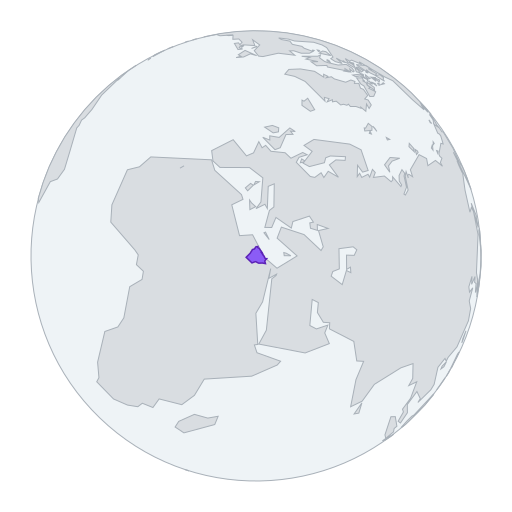 Matruh on an orthographic globe, rotated 44°
{"feature_id": "EGY-1540", "entity_name": "Matruh", "entity_type": "Governorate", "adm_level": 1, "iso_a3": "EGY", "parent_name": "Egypt", "parent_adm1": "", "projection": "orthographic", "projection_center": [26.768, 29.661], "detail": "medium", "context": "on_globe", "style": "filled", "palette": "violet", "viewbox_px": 512, "rotation_deg": 44, "n_neighbors": 0, "source": "natural_earth", "source_scale": "10m", "svg_char_len": 11330}
<svg xmlns="http://www.w3.org/2000/svg" viewBox="0 0 512 512"><g transform="rotate(44 256 256)"><circle cx="256" cy="256" r="225" fill="#eef3f6" stroke="#a8b0b8"/><path d="M231.3,32.1L244.3,31.0L247.5,30.9L251.9,30.8L251.1,30.8L254.1,30.7L274.3,31.5L279.3,31.9L278.8,32.1L269.1,31.5L268.6,31.8L275.8,32.3L279.8,33.2L269.4,32.4L275.4,34.1L260.2,34.9L232.7,34.9L224.1,37.8L195.4,44.6L198.0,45.0L188.7,48.7L188.1,50.7L183.0,52.0L187.0,52.6L191.8,51.1L195.2,51.0L195.3,52.3L188.8,53.9L187.8,53.5L185.9,54.7L182.6,55.1L184.3,55.6L176.3,57.9L184.3,57.6L178.0,61.1L172.7,62.1L173.2,59.4L162.1,57.0L156.9,58.3L149.0,62.2L134.3,74.6L128.6,77.5L120.8,83.4L124.0,82.6L131.1,77.9L135.1,78.5L143.4,73.3L146.3,73.1L154.9,69.3L153.6,73.0L147.7,78.7L140.5,82.2L137.7,85.1L144.5,84.6L131.2,94.6L122.4,107.8L119.0,110.4L112.1,109.5L112.1,101.6L103.3,102.8L109.0,105.4L100.2,112.9L98.8,115.9L99.2,117.8L102.6,116.4L99.6,120.0L92.8,118.1L95.4,114.8L97.6,115.2L97.5,111.9L92.9,111.8L88.8,116.2L86.2,113.2L83.2,116.5L81.0,118.1L85.9,112.8L77.1,122.6L73.3,124.3L66.2,134.7L75.7,120.9L86.2,107.9L97.7,95.7L110.1,84.4L123.2,74.0L137.1,64.7L151.6,56.4L166.8,49.1L182.4,43.1L198.4,38.2L214.7,34.5L231.3,32.1ZM37.1,202.7L37.3,202.0L35.4,210.7L34.7,222.2L34.1,223.8L33.2,247.4L36.2,264.6L36.8,275.6L36.1,279.4L38.0,284.9L38.1,288.4L49.3,309.8L58.0,326.7L59.7,338.5L56.4,345.4L62.6,368.4L59.1,365.5L59.5,366.1L51.8,351.1L45.2,335.5L39.9,319.5L35.7,303.2L32.8,286.5L31.1,269.7L30.7,252.8L31.6,236.0L33.7,219.2L37.1,202.7ZM50.9,162.8L48.5,168.3L49.2,166.7L50.9,162.8ZM61.0,143.3L62.4,140.8L61.5,142.5L61.0,143.3ZM280.1,32.0L281.5,32.2L283.5,32.4L280.1,32.0ZM155.0,67.7L154.9,68.5L153.3,68.8L155.0,67.7ZM158.8,65.5L157.0,65.2L158.6,64.2L159.6,64.3L158.8,65.5ZM284.7,33.0L287.6,33.7L283.0,32.8L284.7,33.0ZM160.6,66.1L161.5,62.3L164.3,60.5L170.6,59.9L160.6,66.1ZM288.1,34.0L295.2,36.2L298.9,36.5L292.4,37.6L288.6,35.0L282.3,33.7L286.9,34.2L288.1,34.0ZM193.3,50.2L188.2,51.8L192.3,49.4L193.3,50.2ZM195.1,48.7L203.1,42.5L210.7,41.1L206.5,43.3L216.3,41.0L216.1,43.3L210.7,45.1L205.8,45.4L209.5,46.1L195.1,48.7ZM287.7,38.1L288.0,38.8L285.8,38.0L287.7,38.1ZM196.9,50.8L197.8,49.5L204.5,48.1L203.9,50.5L201.9,50.2L196.9,50.8ZM219.0,39.5L223.8,39.1L225.0,40.8L227.1,41.0L216.8,43.2L219.0,39.5ZM200.4,51.1L203.4,51.9L200.3,53.8L196.4,52.1L200.4,51.1ZM206.5,46.9L209.6,46.4L207.7,47.4L206.5,46.9ZM191.2,61.6L192.2,59.6L195.7,58.6L191.2,61.6ZM204.7,52.1L205.7,51.4L207.2,50.9L208.4,51.9L204.7,52.1ZM218.3,44.4L217.8,45.4L222.6,43.6L223.7,45.1L216.6,46.4L220.1,46.5L220.5,47.0L214.3,47.6L218.3,44.4ZM214.3,51.5L205.7,54.3L203.1,57.8L199.8,58.7L204.6,52.8L214.3,51.5ZM214.8,49.1L213.7,50.7L210.3,50.7L208.9,49.7L214.8,49.1ZM227.0,45.7L227.1,43.0L228.7,42.9L227.0,45.7ZM214.2,52.4L216.3,51.8L214.4,52.7L214.2,52.4ZM223.8,47.7L223.7,46.7L225.4,46.5L223.8,47.7ZM220.6,51.5L217.8,52.3L216.7,51.5L220.6,51.5ZM222.6,49.7L225.0,49.7L218.0,50.7L222.3,49.2L222.6,49.7ZM225.5,47.7L226.5,47.2L225.3,48.1L225.5,47.7ZM226.1,54.3L217.5,55.7L215.2,53.8L223.9,52.6L226.1,54.3ZM116.8,319.3L103.6,283.3L110.2,272.8L111.5,257.8L157.2,217.7L166.9,223.0L202.9,221.9L207.3,224.3L203.0,236.0L230.0,252.8L238.8,243.1L263.2,251.2L279.6,250.2L285.5,227.4L258.8,228.5L254.2,217.6L275.7,207.2L299.0,206.9L298.0,202.7L283.3,194.3L288.7,186.1L278.2,190.8L282.4,194.9L275.9,198.2L271.7,194.8L273.8,191.8L266.7,190.2L258.6,205.6L262.0,211.4L243.6,214.4L247.5,224.6L242.5,229.3L234.0,213.9L234.8,208.3L219.0,191.4L216.4,197.4L231.2,214.0L226.5,212.6L223.1,221.9L222.0,213.7L206.6,195.0L189.9,196.9L168.6,217.3L159.0,217.5L150.9,211.0L158.8,188.2L179.6,190.6L182.6,183.5L178.6,171.8L185.2,173.9L186.1,169.7L194.0,170.3L205.2,161.5L213.2,161.4L217.7,149.1L222.5,147.6L218.4,155.1L219.9,160.6L239.8,161.1L243.7,158.6L245.0,150.9L250.3,152.4L249.1,144.9L260.6,142.1L245.5,139.5L246.7,131.4L253.7,125.3L251.4,122.4L240.0,132.4L237.9,136.9L240.4,141.4L232.3,154.6L225.4,156.5L223.7,141.7L213.7,143.1L216.7,131.9L245.7,110.4L257.8,106.6L277.3,116.6L274.4,121.6L266.0,120.2L273.7,128.6L273.1,124.5L277.5,126.0L279.8,119.4L283.0,120.3L279.6,112.8L283.8,113.1L285.9,117.9L292.8,109.3L301.6,108.7L301.6,106.4L299.2,104.1L312.0,105.4L311.4,103.7L307.0,102.6L303.0,98.7L301.0,92.5L305.5,93.2L306.9,95.6L316.5,102.0L319.4,108.7L321.1,108.4L319.6,102.9L307.9,94.9L305.3,91.0L311.4,94.1L309.0,92.6L309.2,91.0L313.6,90.2L307.1,86.7L302.9,69.8L311.0,67.4L316.9,71.6L318.7,62.6L327.8,61.9L323.7,60.7L321.8,56.5L318.9,56.6L316.8,55.7L310.7,46.5L312.8,45.4L305.5,41.3L303.4,40.9L301.4,41.4L292.4,37.6L298.9,36.5L303.4,37.5L304.4,36.7L314.4,39.4L323.1,41.7L333.5,45.9L339.5,47.9L339.2,47.4L347.1,50.3L364.5,58.7L351.7,53.7L325.9,44.3L336.6,47.9L334.5,47.9L338.6,49.8L346.1,52.7L346.7,52.5L360.7,63.5L379.5,75.9L377.2,71.6L381.4,72.8L400.8,86.3L426.1,114.8L432.0,119.2L436.1,124.0L439.2,129.9L433.4,122.9L431.6,123.1L427.8,118.6L430.8,126.6L425.5,120.6L430.5,130.3L434.7,133.7L434.0,128.3L440.6,140.2L446.9,144.7L453.8,155.0L463.7,181.8L464.6,195.4L465.9,199.5L463.1,198.4L464.2,209.7L473.3,224.6L474.7,230.8L474.2,248.9L473.3,244.5L465.9,241.7L468.0,257.7L473.8,263.6L475.9,275.8L473.0,276.1L470.4,265.8L467.8,264.4L466.0,250.9L459.0,234.8L455.9,243.1L453.8,235.2L443.7,224.3L437.9,235.8L430.3,266.1L433.2,286.7L428.8,298.7L413.8,275.5L406.6,257.0L401.4,261.5L385.7,249.5L359.4,257.4L355.4,252.8L350.5,256.9L339.4,254.0L333.2,246.2L326.6,248.2L343.0,268.6L350.1,266.5L355.7,255.8L358.9,263.6L369.6,268.1L358.7,291.6L319.2,317.4L315.0,302.2L283.2,261.4L284.0,256.2L283.8,255.6L283.4,254.7L280.8,263.1L275.3,254.8L292.6,284.4L295.7,297.3L318.7,318.4L316.6,321.1L323.9,324.9L346.8,314.6L347.0,319.7L336.4,345.4L304.3,380.5L308.5,399.0L305.9,414.5L285.6,426.1L287.1,436.6L276.5,440.9L275.7,446.5L267.1,452.5L252.8,457.8L228.8,457.1L227.5,452.6L215.8,442.4L199.7,415.3L205.9,403.0L203.9,392.3L186.5,365.8L190.3,352.0L185.6,345.2L176.0,345.3L170.5,337.0L164.6,335.8L128.0,332.5L116.8,319.3ZM141.6,241.1L140.3,245.6L141.6,241.1ZM324.1,218.3L337.9,216.7L331.1,203.6L335.8,202.1L331.7,198.4L330.5,202.7L320.5,192.5L326.2,187.3L324.2,181.5L319.5,181.9L310.6,193.1L324.9,207.4L322.0,213.8L324.1,218.3ZM34.8,222.4L34.4,226.0L34.3,224.2L34.8,222.4ZM42.9,186.7L42.2,190.4L42.2,188.4L42.9,186.7ZM46.1,174.2L45.3,176.6L47.4,171.2L43.3,184.2L43.4,181.7L45.9,174.8L46.1,174.2ZM58.1,148.3L57.1,150.2L56.4,151.5L58.1,148.3ZM60.3,144.7L60.5,144.2L61.8,142.0L60.3,144.7ZM100.6,113.0L101.1,113.3L100.8,115.8L99.4,115.7L100.6,113.0ZM108.8,121.5L103.8,127.1L106.4,122.8L103.5,123.5L105.3,115.7L117.3,111.4L111.5,114.5L108.8,121.5ZM111.1,105.0L108.6,109.8L110.8,104.7L111.1,105.0ZM183.3,148.0L185.9,151.1L182.8,155.5L172.7,157.3L177.1,150.7L183.3,148.0ZM190.3,154.6L191.4,140.4L197.8,139.2L194.0,142.2L198.1,142.8L193.2,147.8L198.2,161.3L195.8,166.3L178.4,165.9L185.4,163.0L182.4,160.0L190.3,154.6ZM183.0,111.3L183.6,106.6L196.6,110.0L194.6,114.1L184.4,115.7L180.8,111.9L183.0,111.3ZM171.5,66.3L170.8,65.4L172.7,64.7L174.7,65.1L171.5,66.3ZM191.3,60.7L176.1,70.4L174.6,69.7L167.5,77.0L160.8,78.0L165.6,73.1L155.1,79.7L156.8,75.7L150.1,80.6L161.6,69.5L162.7,66.6L164.1,69.3L170.2,68.4L173.2,67.1L182.4,61.6L187.8,55.5L194.7,54.1L198.2,54.8L198.0,56.1L193.6,56.4L196.4,57.9L189.8,59.4L191.3,60.7ZM234.9,71.3L229.9,69.9L234.5,75.6L228.0,76.1L228.9,76.8L224.1,79.0L220.0,82.9L217.0,82.6L216.7,84.4L213.5,86.1L212.0,88.5L206.2,88.9L203.9,92.0L202.4,90.5L200.1,95.7L199.2,92.1L195.0,94.4L198.1,96.7L170.1,96.3L159.1,99.9L150.4,105.2L150.0,99.0L158.0,90.6L169.8,82.5L180.5,80.3L178.4,78.3L182.9,76.8L182.7,79.0L185.7,74.7L189.3,74.2L199.8,68.7L202.0,63.5L205.9,61.7L206.9,63.5L210.0,60.4L214.6,62.7L217.5,61.5L224.8,62.9L225.1,67.5L228.3,65.9L234.0,67.3L234.9,71.3ZM228.0,54.7L229.8,59.4L227.1,62.2L215.4,58.7L212.2,59.5L204.6,58.0L208.7,54.1L210.5,54.8L213.2,54.7L210.8,55.9L214.8,54.9L217.3,55.9L221.1,55.5L220.6,57.0L228.0,54.7ZM212.5,220.2L216.0,220.9L221.5,220.7L219.4,226.9L212.5,220.2ZM201.7,207.5L204.9,207.0L204.7,214.9L201.0,214.4L201.7,207.5ZM206.8,200.3L205.1,206.4L203.9,202.7L206.8,200.3ZM221.4,154.4L224.8,153.7L225.0,155.5L223.1,158.2L221.4,154.4ZM247.4,90.5L244.9,88.7L246.0,87.9L244.6,82.6L249.4,82.2L252.1,85.1L247.4,90.5ZM280.9,231.6L276.1,236.2L273.6,234.2L275.8,233.0L280.9,231.6ZM246.2,232.2L254.1,235.0L245.6,233.8L246.2,232.2ZM252.3,89.1L251.2,86.9L254.3,88.1L252.3,89.1ZM252.8,81.6L256.4,82.4L249.8,81.5L252.8,81.6ZM356.0,457.5L356.3,457.6L353.3,459.0L356.0,457.5ZM343.4,405.9L327.0,433.3L316.6,435.2L315.3,428.6L321.7,412.7L333.9,406.1L340.1,397.6L343.4,405.9ZM478.3,292.5L476.8,298.8L475.3,301.2L476.2,296.7L478.6,289.6L478.9,288.5L478.3,292.5ZM476.0,297.0L473.0,295.1L464.7,277.9L467.8,274.8L475.6,280.6L475.2,284.1L477.1,287.0L476.0,297.0ZM480.6,273.2L480.1,277.0L479.5,278.7L479.2,269.7L479.4,262.9L480.1,260.6L479.6,231.7L480.1,232.9L480.9,243.9L481.1,245.9L480.6,273.2ZM434.2,288.1L439.1,297.6L436.3,301.5L434.2,288.1ZM477.2,214.6L478.9,226.7L476.6,212.2L477.2,214.6ZM474.5,202.2L475.5,206.1L474.7,203.7L474.5,202.2ZM468.1,205.1L467.5,208.8L466.4,206.0L466.4,199.7L468.1,205.1ZM459.0,164.0L463.1,172.3L464.4,175.6L462.2,171.8L459.0,164.0ZM291.5,85.8L288.0,93.2L288.7,99.1L294.1,102.8L285.1,101.1L284.0,92.0L291.5,85.8ZM301.0,71.5L296.3,68.8L299.2,68.3L300.7,68.9L301.0,71.5ZM297.5,71.1L290.1,71.1L288.0,68.5L294.3,69.0L297.5,71.1ZM271.2,79.2L269.9,81.3L267.4,80.2L271.2,79.2ZM476.6,210.5L475.6,205.9L475.3,204.6L476.6,210.5ZM474.1,199.7L474.2,201.8L469.1,186.6L468.7,183.9L472.7,196.0L474.1,199.6L474.1,199.7ZM438.0,124.0L435.3,120.7L433.4,117.8L435.8,120.9L438.0,124.0ZM425.0,107.0L432.1,116.0L437.3,124.1L438.0,124.4L443.4,132.1L439.7,128.1L432.6,117.7L429.4,112.8L424.4,107.1L419.3,101.2L413.4,95.5L409.7,91.8L414.1,95.6L425.0,107.0ZM410.9,93.3L398.7,83.0L397.4,81.0L399.8,82.8L405.9,88.2L406.3,88.9L410.9,93.3ZM395.4,80.1L395.6,80.9L378.1,71.0L374.1,68.5L386.7,74.1L387.6,75.2L392.1,78.3L395.4,80.1ZM290.3,38.9L288.2,38.8L289.3,38.4L290.3,38.9ZM315.3,55.9L312.6,54.7L314.1,54.0L315.3,55.9ZM306.0,51.2L306.2,52.8L304.1,50.8L306.0,51.2ZM307.1,56.5L305.4,53.2L309.8,56.9L307.1,56.5Z" fill="#d9dde1" stroke="#a8b0b8" stroke-width="1"/><path d="M249.8,263.8L249.9,257.8L249.8,257.6L249.8,257.4L249.5,256.7L249.5,256.4L249.5,256.1L249.5,255.9L249.3,255.6L249.3,255.4L249.3,255.2L249.1,254.3L249.0,254.1L248.9,254.0L248.9,253.9L249.0,253.7L249.2,253.4L249.3,253.2L249.6,252.8L249.7,252.7L249.7,252.4L249.9,252.2L249.9,251.8L250.0,251.7L250.0,251.4L249.8,251.1L249.8,250.9L249.7,250.6L249.6,250.1L249.6,249.8L249.6,249.5L249.6,249.3L249.6,249.2L250.2,248.8L250.3,248.4L250.6,248.1L250.6,248.4L250.7,248.5L250.8,248.6L251.0,248.6L251.3,248.7L251.5,248.7L252.2,248.5L252.8,248.3L253.0,248.3L253.3,248.3L254.6,248.7L255.6,248.8L255.9,248.9L256.2,249.0L256.3,249.0L256.5,249.0L256.8,249.1L257.0,249.1L257.4,249.2L257.5,249.2L257.5,249.3L257.6,249.2L257.9,249.2L257.9,249.3L258.0,249.4L258.0,249.5L258.2,249.8L258.3,249.9L258.6,249.9L258.7,250.0L258.8,250.0L258.8,249.9L259.0,250.0L259.6,249.8L259.8,250.1L259.8,250.3L260.1,250.4L260.7,250.3L260.8,250.4L261.2,250.5L261.3,250.4L261.5,250.4L261.8,250.5L262.0,250.5L262.6,250.7L262.8,250.8L262.9,251.0L263.0,251.0L263.6,251.3L264.2,251.3L264.3,251.3L265.2,250.8L265.4,250.7L265.5,250.6L265.7,253.2L265.9,253.6L268.1,254.9L265.5,256.6L263.3,258.9L262.7,259.4L259.9,260.2L259.7,260.3L259.5,260.5L259.4,260.6L257.9,263.8L249.8,263.8Z" fill="#8b5cf6" stroke="#5b21b6" stroke-width="1.5"/></g></svg>